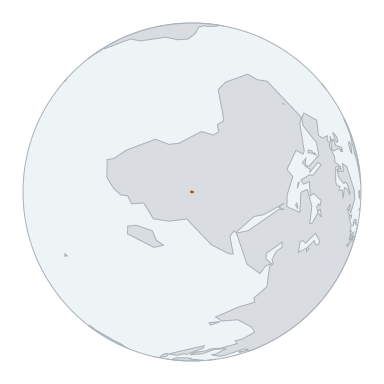 Gitega on an orthographic globe, rotated 93°
{"feature_id": "BDI-2639", "entity_name": "Gitega", "entity_type": "Province", "adm_level": 1, "iso_a3": "BDI", "parent_name": "Burundi", "parent_adm1": "", "projection": "orthographic", "projection_center": [29.917, -3.445], "detail": "fine", "context": "on_globe", "style": "filled", "palette": "amber", "viewbox_px": 384, "rotation_deg": 93, "n_neighbors": 0, "source": "natural_earth", "source_scale": "10m", "svg_char_len": 5998}
<svg xmlns="http://www.w3.org/2000/svg" viewBox="0 0 384 384"><g transform="rotate(93 192 192)"><circle cx="192" cy="192" r="169" fill="#eef3f6" stroke="#a8b0b8"/><path d="M24.6,168.9L24.2,173.9L25.5,178.1L25.7,185.1L25.3,189.7L26.4,190.7L26.5,193.6L33.5,197.0L39.4,203.8L40.7,214.1L38.8,226.5L43.9,251.9L42.3,261.0L46.6,271.2L53.4,286.4L51.8,285.8L57.1,292.8L60.2,297.4L60.5,298.1L64.7,303.1L57.1,293.8L50.2,283.9L44.0,273.6L38.6,262.9L34.0,251.8L30.1,240.3L27.1,228.7L24.9,216.9L23.5,204.9L23.0,192.9L23.4,180.8L24.6,168.9ZM87.6,324.8L85.9,323.1L87.0,323.8L88.5,325.2L87.6,324.8ZM344.9,120.1L347.4,126.0L347.3,129.0L348.3,131.8L345.9,127.7L346.3,132.7L353.5,151.0L354.6,156.0L353.5,164.2L352.9,160.4L346.6,149.5L348.0,161.4L352.9,172.8L354.6,185.4L352.0,180.7L349.9,169.6L347.7,165.4L346.4,155.0L341.1,139.1L338.3,141.2L336.7,135.1L328.9,122.3L323.9,125.1L317.2,139.6L319.2,155.3L315.6,161.9L304.0,138.5L298.7,123.6L294.6,124.7L282.7,112.2L262.2,110.6L259.3,107.0L255.4,108.5L247.0,104.8L242.4,99.1L237.4,99.4L249.5,114.7L254.9,114.6L259.4,108.9L261.8,114.5L269.9,119.8L261.1,133.3L230.7,145.5L227.7,133.8L204.3,103.7L204.9,100.5L204.8,100.1L204.5,99.5L202.5,104.8L198.4,99.3L211.0,119.5L213.1,128.6L230.2,146.2L228.6,148.0L234.2,151.8L251.7,147.6L251.9,151.5L243.6,170.0L219.2,195.8L222.4,213.7L220.7,229.2L205.5,239.6L206.9,251.7L199.1,256.1L198.6,263.0L192.4,270.5L181.9,277.8L164.0,278.4L162.8,272.1L153.8,260.1L141.2,231.2L145.7,217.6L144.0,207.5L131.1,185.8L134.0,173.4L130.5,168.5L123.4,170.2L119.5,164.5L115.2,164.6L88.5,171.2L80.6,164.3L71.4,142.5L76.4,132.9L77.5,122.7L111.7,86.8L118.6,87.8L145.2,82.1L148.4,83.1L144.9,90.3L164.6,98.4L171.3,92.1L189.5,96.8L201.7,96.5L206.7,83.2L186.6,83.2L183.5,77.0L199.9,71.6L217.5,72.7L216.9,70.4L206.0,65.1L210.3,61.3L202.3,63.1L205.3,65.4L200.4,66.8L197.3,64.9L198.9,63.5L193.7,62.5L187.1,70.4L189.5,73.6L175.6,75.3L178.3,81.0L174.4,83.8L168.5,75.4L169.3,72.3L158.0,64.4L155.9,67.7L166.4,75.6L163.0,75.1L160.2,80.4L159.6,76.0L148.7,67.3L136.3,70.2L120.1,84.4L113.0,86.3L107.3,84.5L113.8,71.2L128.9,68.6L131.4,64.6L128.8,59.8L133.6,59.7L134.4,57.7L140.2,56.8L148.8,51.6L154.7,50.8L158.6,45.2L162.1,44.3L158.8,47.7L159.7,49.9L174.5,49.0L177.5,47.8L178.8,44.5L182.7,45.0L182.1,42.0L190.8,40.8L179.7,40.0L180.9,36.9L186.4,34.7L184.8,33.8L175.8,37.5L174.1,39.3L175.7,40.9L169.1,46.5L164.0,47.7L163.3,41.9L155.8,43.2L158.5,38.8L181.1,30.3L190.3,29.1L204.5,32.4L202.1,33.8L195.8,33.2L201.2,36.2L201.0,34.7L204.2,35.4L206.2,33.4L208.6,33.8L206.4,31.4L209.6,31.7L210.9,33.3L216.6,31.3L223.3,32.1L223.4,31.5L221.7,30.7L231.3,32.6L231.0,32.1L227.7,31.2L224.9,29.9L223.7,28.4L227.1,29.1L228.0,29.7L235.0,32.5L236.8,34.5L238.1,34.7L237.3,33.2L228.8,29.8L227.1,28.7L231.6,30.1L229.8,29.5L230.0,29.3L233.5,29.9L228.8,28.4L226.7,26.6L238.4,29.5L249.8,33.2L260.9,37.7L271.7,43.0L282.1,49.1L292.0,55.8L301.4,63.3L310.3,71.4L318.6,80.1L326.2,89.4L333.2,99.2L339.4,109.4L344.9,120.1ZM99.7,103.7L98.7,106.7L99.7,103.7ZM236.2,81.5L246.8,82.6L241.9,74.6L245.6,74.5L242.6,72.0L241.5,74.0L234.2,67.4L238.7,65.6L237.4,62.6L233.8,62.1L226.7,66.6L237.1,75.8L234.7,78.8L236.2,81.5ZM82.5,63.3L80.8,64.9L76.9,68.5L79.0,66.5L76.9,68.3L77.3,67.9L82.5,63.3ZM133.2,49.0L135.0,49.8L132.5,52.1L125.0,54.6L128.5,51.1L133.2,49.0ZM138.1,50.6L139.5,44.9L144.2,43.6L141.3,45.2L144.3,44.9L140.5,47.5L143.6,52.4L141.6,54.8L128.8,57.2L134.1,54.9L132.1,54.0L138.1,50.6ZM134.7,37.2L135.4,35.9L144.8,34.5L143.1,35.9L135.5,38.1L133.0,37.8L134.7,37.2ZM175.2,23.9L175.4,23.9L171.8,24.3L174.8,24.1L169.9,24.7L170.6,24.7L166.9,25.3L163.6,26.2L161.4,26.5L161.0,26.7L158.6,27.3L157.3,27.8L153.0,28.7L151.1,29.5L150.1,29.5L148.1,30.8L147.7,30.3L144.5,31.4L146.6,31.3L126.2,37.1L118.0,40.8L111.3,44.3L111.5,43.7L117.8,40.2L121.8,38.3L134.6,33.1L147.9,28.9L161.4,25.8L175.2,23.9ZM152.4,80.2L154.9,80.4L159.0,79.9L157.3,83.5L152.4,80.2ZM144.7,74.3L147.1,73.7L146.7,78.1L144.0,78.1L144.7,74.3ZM148.7,70.0L147.2,73.4L146.4,71.6L148.7,70.0ZM161.0,47.1L163.6,46.6L163.7,47.3L162.2,48.6L161.0,47.1ZM183.5,25.5L181.7,25.3L182.6,25.1L181.9,24.4L185.5,24.2L187.3,24.5L183.5,25.5ZM203.2,85.4L199.4,88.0L197.6,86.7L199.3,86.1L203.2,85.4ZM177.1,85.4L182.9,87.0L176.6,86.4L177.1,85.4ZM187.3,25.2L186.6,24.8L188.8,25.0L187.3,25.2ZM188.1,24.0L190.7,24.1L185.8,24.1L188.1,24.0ZM262.3,313.3L262.8,315.6L260.4,315.7L262.3,313.3ZM249.3,227.1L237.2,254.3L229.4,254.3L228.1,246.2L232.7,229.7L242.0,225.1L246.6,217.8L249.3,227.1ZM358.3,221.9L358.6,219.8L358.4,221.1L358.3,221.9ZM358.9,216.3L359.0,217.4L358.6,217.9L358.9,216.3ZM359.0,217.8L359.0,217.7L359.0,217.8ZM358.7,215.8L356.0,212.8L354.4,209.6L355.2,206.9L357.7,209.4L358.7,215.8ZM355.0,206.7L352.0,197.0L344.9,171.7L347.5,172.7L354.4,188.9L354.0,191.2L355.8,198.6L355.0,206.7ZM360.6,195.8L360.2,203.1L359.1,200.8L358.3,198.9L357.9,188.8L358.2,184.3L358.9,185.0L359.5,171.2L360.2,176.0L360.5,182.0L360.9,189.2L360.6,195.8ZM320.0,156.8L323.8,166.7L321.5,168.0L320.0,156.8ZM358.3,162.0L359.0,167.0L357.8,159.6L358.3,162.0ZM349.8,136.4L349.1,136.6L348.3,134.2L348.7,132.6L349.8,136.4ZM216.9,26.3L213.8,27.2L214.0,28.5L217.9,29.8L211.2,28.7L210.9,26.7L216.9,26.3ZM225.1,26.3L222.2,25.8L225.1,26.3ZM222.5,25.8L216.9,24.9L215.5,24.7L220.2,25.4L222.5,25.8ZM202.1,24.0L200.9,24.2L199.1,24.0L202.1,24.0ZM331.8,286.9L330.2,288.6L331.2,286.1L334.6,281.3L342.7,265.2L342.7,265.8L347.2,255.5L351.1,249.0L351.3,248.2L345.9,261.6L339.4,274.6L331.8,286.9ZM360.2,208.2L360.2,207.7L360.7,200.0L361.0,191.5L361.0,191.3L360.2,208.2Z" fill="#d9dde1" stroke="#a8b0b8" stroke-width="1"/><path d="M191.9,190.9L192.0,190.9L191.9,191.1L192.0,191.2L192.2,191.3L192.3,191.4L192.3,191.5L192.2,191.7L192.3,191.8L192.3,191.7L192.4,191.8L192.5,191.9L192.5,192.1L192.5,192.3L192.6,192.5L192.4,192.8L192.2,192.9L192.1,193.1L191.9,193.1L191.9,192.9L191.7,193.0L191.6,192.7L191.4,192.6L191.5,192.5L191.7,192.4L191.7,192.2L191.9,192.1L191.9,191.9L191.8,191.7L191.6,191.5L191.7,191.4L191.9,191.4L191.7,191.3L191.7,191.2L191.8,191.2L191.9,190.9Z" fill="#f59e0b" stroke="#b45309" stroke-width="1.5"/></g></svg>